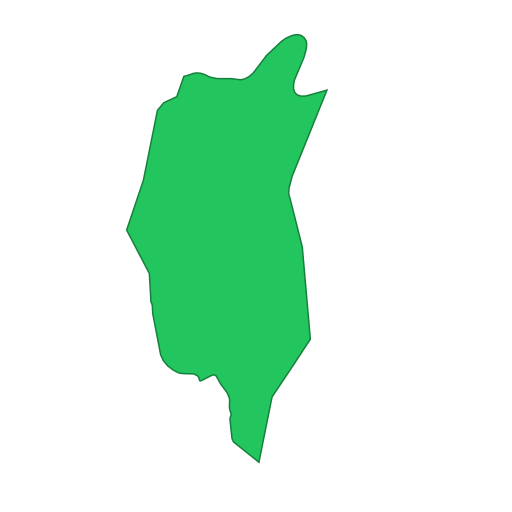 outline of Central Darfur, rotated 340°
{"feature_id": "SDN-5859", "entity_name": "Central Darfur", "entity_type": "State", "adm_level": 1, "iso_a3": "SDN", "parent_name": "Sudan", "parent_adm1": "", "projection": "robinson", "projection_center": [23.507, 12.127], "detail": "fine", "context": "isolated", "style": "filled", "palette": "green", "viewbox_px": 512, "rotation_deg": 340, "n_neighbors": 0, "source": "natural_earth", "source_scale": "10m", "svg_char_len": 1137}
<svg xmlns="http://www.w3.org/2000/svg" viewBox="0 0 512 512"><g transform="rotate(340 256 256)"><path d="M188.2,450.8L171.3,423.1L171.0,419.4L175.7,400.4L176.5,399.0L178.3,396.7L178.7,395.2L178.7,392.5L179.1,389.8L179.9,387.4L181.9,382.6L182.4,380.2L182.2,376.3L182.1,374.5L179.1,364.5L177.5,354.9L175.8,353.2L173.0,353.1L161.7,354.5L160.5,353.9L160.5,349.8L160.1,348.6L157.1,345.4L147.5,341.7L143.4,339.5L139.2,334.9L135.5,329.2L133.2,322.8L132.6,316.3L139.3,274.6L141.4,267.8L141.8,265.4L141.6,263.3L149.8,235.9L143.3,187.4L176.1,146.3L213.2,85.4L221.9,80.4L236.0,79.2L249.7,62.5L253.0,62.9L259.6,63.0L263.0,63.7L266.5,65.4L269.8,67.9L273.3,71.6L276.9,74.1L280.4,76.1L293.0,80.7L301.9,85.2L305.4,85.7L310.5,85.1L315.8,83.2L334.6,71.1L353.9,62.8L358.7,61.6L363.1,61.2L367.5,61.3L371.3,62.4L374.0,64.3L376.0,67.6L376.6,70.7L376.4,73.1L375.4,75.9L373.6,79.3L368.9,85.9L352.6,103.5L350.1,107.4L348.4,111.9L348.4,115.8L350.0,118.9L353.2,121.3L357.5,122.7L379.4,124.4L317.0,193.7L310.1,203.8L307.9,209.0L307.7,213.3L302.6,263.3L278.6,352.8L253.5,371.5L222.9,393.9L188.2,450.8Z" fill="#22c55e" stroke="#15803d" stroke-width="1.5"/></g></svg>